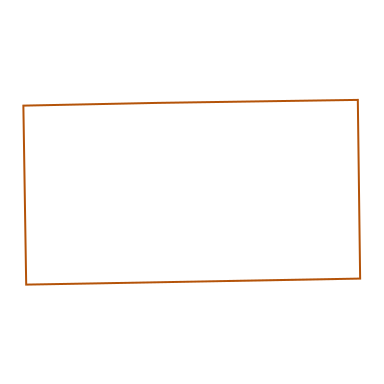 Hamlin, South Dakota, United States of America, rotated 179°
{"feature_id": "52423323B11265703502297", "entity_name": "Hamlin", "entity_type": "district", "adm_level": 2, "iso_a3": "USA", "parent_name": "United States of America", "parent_adm1": "South Dakota", "projection": "robinson", "projection_center": [-97.128, 44.674], "detail": "fine", "context": "isolated", "style": "outline", "palette": "amber", "viewbox_px": 384, "rotation_deg": 179, "n_neighbors": 0, "source": "geoboundaries", "source_scale": "gbopen_adm2", "svg_char_len": 260}
<svg xmlns="http://www.w3.org/2000/svg" viewBox="0 0 384 384"><g transform="rotate(179 192 192)"><path d="M359.4,102.3L292.6,102.3L159.0,102.4L25.4,102.5L24.6,281.2L225.4,281.7L359.1,281.3L359.4,102.3Z" fill="none" stroke="#b45309" stroke-width="2"/></g></svg>